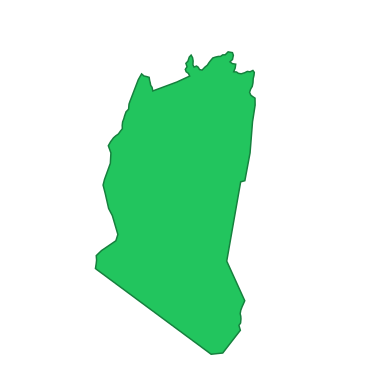 outline of Maetinga, Bahia, Brazil, rotated 201°
{"feature_id": "56859067B22640156223333", "entity_name": "Maetinga", "entity_type": "district", "adm_level": 2, "iso_a3": "BRA", "parent_name": "Brazil", "parent_adm1": "Bahia", "projection": "equal_earth", "projection_center": [-41.494, -14.667], "detail": "fine", "context": "isolated", "style": "filled", "palette": "green", "viewbox_px": 384, "rotation_deg": 201, "n_neighbors": 0, "source": "geoboundaries", "source_scale": "gbopen_adm2", "svg_char_len": 1569}
<svg xmlns="http://www.w3.org/2000/svg" viewBox="0 0 384 384"><g transform="rotate(201 192 192)"><path d="M116.0,47.4L105.6,52.7L99.5,73.0L97.3,80.2L100.4,84.3L99.7,87.1L100.8,91.0L102.0,93.6L103.4,95.6L104.1,99.2L104.1,103.1L103.9,106.4L103.8,109.4L134.8,139.9L136.5,148.6L150.2,218.9L146.7,221.5L151.8,249.3L160.7,279.4L161.6,283.7L163.5,292.5L164.2,295.7L166.8,302.2L169.4,302.8L171.8,303.5L174.0,305.7L174.1,309.3L173.6,312.1L174.2,315.8L175.5,319.8L175.9,323.0L176.7,326.0L178.7,327.3L180.9,325.0L183.6,324.4L185.6,322.2L188.4,320.0L191.2,319.4L193.4,320.0L196.2,319.2L196.1,323.2L197.0,327.0L200.4,326.3L203.2,327.1L201.7,330.2L202.4,334.5L204.2,336.6L206.4,336.2L208.5,335.8L210.2,332.0L212.5,331.0L214.0,328.8L216.0,328.0L218.4,326.4L220.6,324.6L221.6,321.8L222.5,318.8L223.1,315.9L224.7,313.2L226.3,309.4L228.8,309.0L230.9,310.7L232.9,311.2L234.9,309.4L236.7,311.0L237.9,314.7L239.6,317.6L241.9,319.5L242.9,317.0L242.7,312.7L243.8,309.9L241.5,307.1L242.2,304.1L240.6,302.2L237.8,301.4L235.7,299.4L245.5,289.3L264.8,272.3L266.8,275.4L268.8,276.8L270.0,278.8L271.5,280.9L273.1,283.7L275.8,283.5L278.4,283.1L281.4,284.2L282.4,277.6L282.4,260.8L282.4,254.3L282.3,251.5L280.9,246.6L282.3,243.3L282.2,238.8L281.9,235.9L281.9,232.6L281.0,229.1L279.7,226.1L280.6,223.3L281.5,219.8L283.3,217.1L284.7,214.4L286.0,209.8L286.7,205.2L281.7,199.4L278.5,189.5L278.2,172.5L277.5,166.6L272.6,159.7L263.9,146.7L257.9,141.4L246.0,125.8L245.6,119.2L255.5,104.9L258.6,98.3L256.7,94.3L255.8,91.0L254.7,85.9L116.0,47.4Z" fill="#22c55e" stroke="#15803d" stroke-width="1.5"/></g></svg>